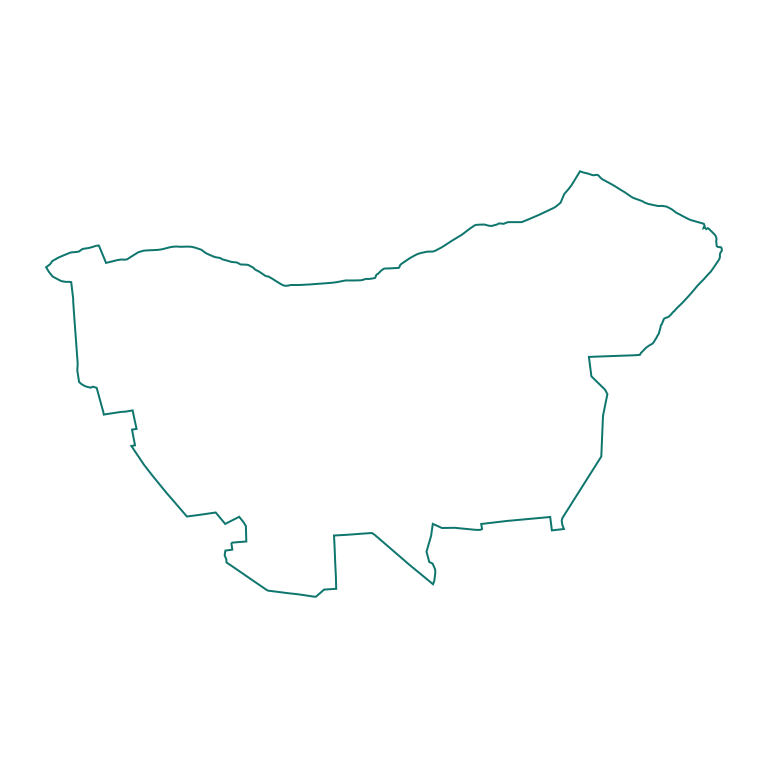 Apateu, Arad, Romania
{"feature_id": "2599482B29070861670091", "entity_name": "Apateu", "entity_type": "district", "adm_level": 2, "iso_a3": "ROU", "parent_name": "Romania", "parent_adm1": "Arad", "projection": "robinson", "projection_center": [21.823, 46.631], "detail": "fine", "context": "isolated", "style": "outline", "palette": "teal", "viewbox_px": 768, "rotation_deg": 0, "n_neighbors": 0, "source": "geoboundaries", "source_scale": "gbopen_adm2", "svg_char_len": 5986}
<svg xmlns="http://www.w3.org/2000/svg" viewBox="0 0 768 768"><path d="M562.4,518.0L563.4,516.5L564.7,514.4L565.5,513.1L566.2,512.0L567.5,510.0L569.6,506.7L571.5,503.6L574.1,499.5L601.3,456.5L603.0,415.8L607.4,394.1L605.0,389.6L594.4,379.3L591.4,376.3L588.9,356.9L602.2,356.4L613.7,356.0L621.5,355.7L628.5,355.5L635.3,355.2L639.8,354.9L641.0,352.9L642.9,351.0L644.0,349.8L645.0,348.7L646.9,347.1L649.4,345.4L652.7,343.5L653.5,342.5L654.9,340.2L656.6,337.5L657.5,335.6L658.7,333.9L659.2,332.1L659.9,329.6L660.6,327.1L660.8,325.4L661.8,324.2L663.0,321.2L663.5,320.1L663.7,319.3L664.0,318.8L664.5,318.4L665.3,318.1L666.2,317.7L667.6,317.2L668.7,316.7L669.2,316.2L670.2,315.3L671.5,314.0L672.2,313.0L673.2,311.9L674.6,310.8L675.5,309.6L677.0,308.0L681.6,303.6L686.5,298.4L691.3,293.1L697.7,285.4L698.7,284.5L699.6,283.5L703.9,279.1L708.0,274.5L710.8,271.6L713.7,267.5L716.6,263.2L718.7,260.1L719.5,258.7L719.9,257.1L719.9,254.8L720.1,253.6L720.5,252.6L720.9,252.1L721.9,250.5L721.8,249.9L721.7,248.7L721.5,248.0L721.2,247.5L720.9,247.3L720.1,247.1L719.3,247.1L718.3,247.0L717.8,246.9L716.9,246.3L716.7,245.8L716.5,244.8L716.5,243.9L716.5,242.8L716.2,242.2L716.1,241.6L716.2,241.0L716.5,239.6L716.4,238.3L716.0,236.8L715.5,235.7L714.8,234.7L713.5,233.4L711.5,231.4L710.1,230.1L709.8,229.7L708.7,228.7L707.8,228.2L706.3,229.1L704.9,227.7L704.5,227.7L703.5,228.1L703.9,226.9L704.7,226.0L703.9,223.9L703.5,223.7L700.5,222.8L697.2,221.9L693.5,220.8L691.5,220.3L689.7,219.6L688.5,219.1L684.4,217.0L681.0,215.2L679.1,214.1L677.0,213.1L675.6,212.3L674.3,211.2L672.7,210.0L671.6,209.2L670.1,208.4L668.6,207.6L667.0,206.8L666.2,206.5L664.7,206.3L662.9,206.0L661.3,205.9L657.9,206.0L655.2,205.4L653.0,205.0L650.6,204.4L648.4,204.0L647.3,203.5L645.9,203.1L644.5,202.5L643.3,201.7L641.3,200.8L638.3,199.7L634.6,198.4L633.0,197.8L632.2,197.3L630.0,195.9L627.4,194.1L624.8,192.3L621.8,190.5L620.5,189.7L617.8,188.0L614.3,185.8L613.5,185.4L612.2,184.6L610.5,183.7L608.2,182.4L605.7,181.1L603.3,179.8L602.1,179.1L601.1,178.3L600.0,177.2L598.6,175.6L597.8,175.1L596.9,174.8L596.2,174.9L595.0,175.0L594.0,175.2L592.7,175.2L589.8,174.2L587.4,173.4L584.2,172.7L581.0,171.7L580.0,171.3L573.8,181.5L571.5,185.2L568.6,189.0L564.2,194.1L560.9,202.0L560.7,202.4L560.6,202.7L555.2,207.1L553.5,208.0L545.5,211.8L538.9,214.9L528.4,219.4L521.8,222.1L519.4,222.1L516.7,222.1L512.0,222.1L507.7,222.2L504.6,223.4L503.8,223.8L499.1,223.4L497.0,224.5L493.0,225.6L492.1,225.9L490.9,225.9L489.2,225.8L486.5,225.1L484.3,224.5L483.5,224.5L482.3,224.6L481.1,224.6L477.3,224.8L476.1,224.9L474.6,225.4L472.6,226.8L470.3,228.3L466.2,231.4L463.4,233.6L461.4,235.0L452.0,240.7L446.6,244.2L441.6,247.4L438.9,248.8L435.7,250.5L434.2,251.2L433.1,251.5L430.7,251.6L428.7,251.6L426.9,251.7L425.1,252.1L421.0,253.0L418.6,253.7L417.0,254.3L414.2,255.7L410.3,257.9L406.5,260.4L402.4,263.2L400.8,264.4L400.2,265.1L399.8,266.0L399.4,267.0L398.9,267.8L397.0,268.0L389.3,268.4L385.6,268.5L384.5,268.6L383.6,268.9L382.4,269.7L381.4,270.4L380.4,271.4L378.6,273.2L377.9,273.9L376.9,274.4L376.2,275.2L375.8,276.1L375.5,277.1L375.2,277.7L374.8,278.0L372.3,278.5L371.0,278.7L369.8,278.9L368.4,279.0L367.0,278.9L366.3,278.9L365.1,279.2L363.8,279.5L362.3,280.0L360.4,280.3L357.3,280.4L349.5,280.5L346.1,280.4L343.2,280.9L338.6,281.8L336.4,282.2L332.5,282.7L330.1,282.9L324.0,283.4L316.6,283.9L310.5,284.4L303.2,284.8L298.5,285.0L294.7,285.0L292.0,285.0L290.9,285.0L289.9,285.2L288.0,285.6L285.8,285.8L284.0,285.6L282.6,285.0L280.5,283.9L278.3,282.5L276.3,281.3L272.9,279.1L270.1,277.5L268.5,276.5L267.6,276.4L266.7,276.3L265.5,275.9L264.4,275.2L263.0,274.2L260.3,272.4L258.9,271.5L257.7,270.9L256.3,270.2L255.4,269.7L254.3,268.8L253.5,267.8L252.6,267.3L251.1,266.5L248.3,265.0L246.6,264.7L242.7,264.5L240.8,264.5L239.5,263.9L238.0,263.0L236.9,262.5L234.2,262.2L231.3,261.9L228.5,261.0L221.9,259.2L221.1,258.5L220.2,258.0L218.6,257.7L215.4,257.2L213.4,256.5L209.7,254.9L206.8,253.6L205.0,252.5L201.2,249.7L195.0,247.6L191.5,246.8L187.9,246.6L183.7,246.7L180.5,246.8L176.5,246.5L173.5,246.7L170.5,247.1L165.5,248.4L163.9,248.8L160.9,249.5L157.5,249.9L153.7,250.1L148.8,250.3L145.5,250.5L143.1,250.8L140.4,251.6L138.4,252.2L133.7,255.1L130.7,257.0L127.1,259.3L124.9,259.7L121.3,259.5L119.3,259.8L117.3,260.1L112.6,261.3L106.0,262.9L105.0,260.3L103.1,255.7L99.2,246.3L98.8,245.5L96.2,245.8L89.7,247.8L86.2,248.4L82.7,248.9L78.9,251.5L76.9,251.9L72.3,252.3L71.6,252.3L70.1,252.7L69.1,253.1L66.9,254.0L64.2,255.1L58.8,257.4L52.2,261.1L50.9,263.2L49.9,264.4L48.9,265.1L48.1,265.7L46.9,266.7L46.1,267.2L49.0,272.0L52.7,276.6L61.3,281.1L65.9,281.9L69.5,281.9L71.2,282.1L73.2,298.9L73.2,301.5L73.9,311.9L77.4,359.6L77.7,364.1L77.3,370.6L79.1,382.0L81.9,384.4L85.3,386.3L87.9,387.0L90.6,387.7L91.7,387.2L92.4,386.9L92.9,386.7L94.1,387.0L96.7,387.9L99.7,398.9L101.8,406.6L103.3,411.9L103.8,414.6L106.7,414.1L114.5,412.9L121.2,411.9L125.7,411.6L132.6,410.4L134.8,420.8L136.0,426.3L136.6,428.9L132.0,429.6L135.0,445.3L131.4,446.0L144.0,464.8L152.1,475.2L162.9,488.5L167.4,493.9L173.8,501.3L178.2,506.4L186.9,516.5L197.9,515.1L215.7,512.5L225.2,523.9L239.2,516.8L243.8,522.6L245.9,526.1L246.3,541.5L232.3,542.6L231.4,543.6L231.6,544.7L232.3,549.6L229.9,550.0L225.4,550.6L224.9,553.5L224.7,555.5L226.4,559.6L226.5,562.5L228.3,563.7L230.3,565.0L240.8,572.2L251.4,579.5L257.7,583.8L266.9,590.1L267.9,590.6L286.6,593.0L287.3,593.1L294.7,593.9L299.5,594.5L306.5,595.5L314.2,596.7L315.8,596.7L316.4,596.3L318.0,594.9L319.9,593.3L322.8,590.7L324.0,589.6L328.5,589.3L336.2,588.8L336.1,585.1L335.9,577.0L335.2,562.6L334.6,547.3L334.3,541.4L334.0,535.5L346.9,534.8L364.5,533.5L371.9,533.0L374.5,534.7L384.3,543.1L409.3,564.7L433.0,584.2L434.3,580.8L435.3,572.8L435.1,569.2L432.5,563.5L429.3,562.0L426.5,551.7L431.1,535.8L432.8,523.9L442.0,528.0L454.7,527.8L476.2,529.9L480.2,529.9L482.1,529.0L481.2,524.0L506.5,521.0L550.2,517.0L551.5,527.4L551.9,530.4L563.9,529.0L562.3,524.7L561.7,520.6L561.9,519.8L562.2,518.9L562.4,518.0Z" fill="none" stroke="#0f766e" stroke-width="2"/></svg>